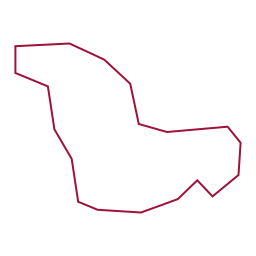 SVG path tracing the border of Swieqi
{"feature_id": "MLT-5933", "entity_name": "Swieqi", "entity_type": "state/province", "adm_level": 1, "iso_a3": "MLT", "parent_name": "Malta", "parent_adm1": "", "projection": "natural_earth1", "projection_center": [14.47, 35.92], "detail": "fine", "context": "isolated", "style": "outline", "palette": "rose", "viewbox_px": 256, "rotation_deg": 0, "n_neighbors": 0, "source": "natural_earth", "source_scale": "10m", "svg_char_len": 351}
<svg xmlns="http://www.w3.org/2000/svg" viewBox="0 0 256 256"><path d="M15.4,46.2L69.5,43.5L104.2,59.6L130.2,83.7L138.8,124.0L167.0,132.0L227.6,126.7L240.6,142.8L238.5,175.0L212.5,196.4L197.3,180.3L177.8,199.1L141.0,212.5L97.7,209.8L78.2,201.8L71.7,158.9L54.4,129.3L47.9,86.4L15.4,73.0L15.4,46.2Z" fill="none" stroke="#9f1239" stroke-width="2"/></svg>